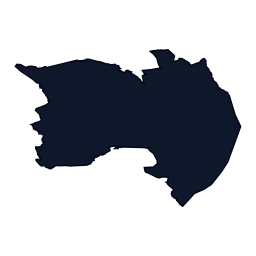 Kongsvinger nor, Hedmark, Norway
{"feature_id": "86288312B35132489533254", "entity_name": "Kongsvinger nor", "entity_type": "district", "adm_level": 2, "iso_a3": "NOR", "parent_name": "Norway", "parent_adm1": "Hedmark", "projection": "equal_earth", "projection_center": [12.12, 60.19], "detail": "fine", "context": "isolated", "style": "filled", "palette": "ink", "viewbox_px": 256, "rotation_deg": 0, "n_neighbors": 0, "source": "geoboundaries", "source_scale": "gbopen_adm2", "svg_char_len": 5608}
<svg xmlns="http://www.w3.org/2000/svg" viewBox="0 0 256 256"><path d="M182.7,206.2L194.4,193.4L203.7,189.3L211.2,184.5L221.3,171.8L227.7,162.0L240.6,126.5L235.2,115.2L229.1,95.2L228.6,95.1L228.1,94.5L228.0,93.8L226.8,93.5L227.1,93.0L227.6,92.7L227.3,92.4L225.8,91.9L222.8,90.0L221.4,89.6L220.8,89.1L220.2,89.1L220.4,88.8L220.2,88.3L219.5,88.4L219.4,88.1L218.5,88.3L217.9,87.9L217.8,87.5L218.2,87.1L217.7,86.8L217.5,86.2L217.9,85.7L217.3,85.0L217.1,84.3L216.8,84.1L216.5,83.1L213.7,80.8L212.8,79.3L213.0,78.7L212.9,78.3L212.2,77.7L211.8,77.0L210.6,76.0L210.8,75.7L211.8,75.1L211.5,74.8L211.5,74.0L211.0,72.8L210.2,72.6L209.9,71.6L209.2,71.0L208.8,70.1L208.9,69.7L208.5,68.9L207.1,67.6L206.6,66.6L206.2,66.4L205.8,65.2L205.9,64.8L206.1,64.5L205.6,64.0L205.8,63.4L205.6,63.0L205.9,62.3L205.8,61.7L206.0,61.1L205.7,60.3L204.2,58.6L202.6,59.0L201.8,60.0L200.9,60.5L200.5,60.9L200.6,61.5L199.2,62.5L195.6,63.7L191.3,65.4L191.1,65.3L191.0,65.0L188.5,63.2L189.0,62.9L188.9,62.8L187.1,61.5L185.2,60.8L184.5,60.3L184.5,60.0L183.5,59.6L182.3,58.7L181.3,58.7L180.3,58.4L179.3,58.5L178.9,58.8L178.8,59.7L178.3,60.4L176.2,61.0L174.1,61.3L173.8,60.5L173.5,58.8L174.3,57.0L174.5,56.0L172.8,54.2L168.0,49.9L167.2,49.8L163.6,50.4L162.5,50.0L161.6,50.4L160.5,50.3L160.5,50.1L159.4,50.4L158.5,50.0L156.6,50.4L156.6,50.6L154.0,50.6L153.5,50.9L152.6,50.9L150.3,51.3L150.2,51.5L150.7,51.6L154.0,54.5L157.0,58.3L158.0,62.5L158.9,65.2L160.6,68.0L150.7,69.7L142.5,70.5L143.1,71.2L143.0,71.4L143.2,71.9L144.0,72.7L144.0,73.0L146.2,74.2L144.0,74.7L143.8,75.3L142.5,75.7L142.6,77.2L143.0,78.0L143.0,79.0L143.2,79.4L143.1,79.7L143.4,80.9L143.3,81.2L143.5,81.4L143.5,81.9L144.0,82.1L143.9,82.4L144.5,83.5L144.3,83.8L143.7,83.0L142.4,82.7L141.4,81.9L141.4,81.7L140.4,80.5L140.2,79.8L138.8,78.5L138.2,78.3L137.8,77.6L137.1,76.8L135.0,75.7L134.4,75.1L133.6,75.0L133.0,74.2L132.5,74.2L131.9,73.8L131.2,72.7L130.5,72.5L130.5,72.3L131.2,71.9L129.2,71.2L128.7,71.4L128.3,71.1L128.1,70.4L126.4,70.4L124.4,72.7L122.6,72.0L120.8,70.8L119.3,70.5L119.3,70.3L119.2,70.4L119.0,70.0L120.1,68.7L120.4,68.6L119.8,68.2L119.6,67.8L119.0,67.2L118.9,66.7L118.6,66.3L118.7,65.9L117.3,65.6L117.1,65.4L116.3,65.4L115.5,65.1L115.4,64.7L114.9,64.3L111.6,64.9L107.2,63.8L105.8,63.8L100.6,62.0L95.5,61.1L90.1,59.5L88.4,59.2L87.5,59.1L85.3,59.7L84.7,61.2L83.3,61.2L83.5,61.0L83.4,60.4L81.7,60.8L77.7,60.8L77.2,60.2L47.2,67.5L45.4,66.8L44.7,66.7L44.7,67.0L43.7,67.2L43.7,67.5L43.2,67.8L41.7,67.8L41.5,68.0L40.8,68.0L39.9,68.4L39.5,68.2L37.9,68.4L36.8,68.1L36.6,67.7L35.5,66.8L35.0,66.7L34.5,67.0L33.6,66.6L31.1,66.2L30.1,66.3L29.3,66.8L29.0,66.5L28.0,66.6L27.8,67.0L26.9,67.1L26.7,67.5L26.1,67.4L25.9,67.2L25.0,67.1L20.5,64.6L16.9,64.4L15.4,66.3L21.0,71.3L33.0,79.4L35.9,82.0L36.4,82.7L39.3,83.1L39.5,83.4L39.5,84.7L39.8,85.3L39.7,86.4L40.3,87.3L40.1,87.8L43.2,88.3L43.1,88.5L43.4,88.7L42.9,89.3L42.9,90.5L42.7,90.7L43.7,92.2L45.4,93.8L45.7,95.1L46.4,95.9L47.0,96.2L47.0,96.7L47.7,97.6L47.5,98.1L48.4,99.1L48.9,99.9L48.5,100.0L48.0,100.6L48.4,101.0L48.6,101.3L49.0,101.5L48.2,103.5L46.1,104.9L40.6,107.2L36.5,108.6L36.0,109.1L36.1,109.5L35.5,110.3L38.2,112.9L39.9,115.1L40.3,117.2L41.6,120.6L36.6,122.5L34.9,122.8L34.1,123.7L31.2,124.5L32.5,125.2L32.5,125.6L33.6,125.3L33.7,125.9L33.5,126.3L33.1,126.4L33.3,126.7L33.2,126.9L33.5,127.0L33.6,127.6L34.5,127.8L34.6,128.1L34.5,128.3L34.8,128.7L34.0,129.0L34.8,129.3L35.4,129.9L38.1,130.5L38.6,130.9L39.1,131.0L38.8,131.4L39.1,131.6L38.3,131.8L38.6,132.0L39.5,132.6L39.3,132.9L39.6,133.2L39.3,133.3L39.6,133.5L39.4,133.8L40.8,133.6L41.9,134.2L42.0,134.5L42.6,134.5L43.2,135.0L44.1,135.1L44.5,135.3L44.1,136.5L43.1,137.0L42.7,138.4L41.8,139.3L42.5,140.3L42.4,141.3L43.3,142.3L43.2,142.5L43.4,143.0L42.8,144.3L41.6,145.1L41.4,145.8L40.2,146.6L38.4,147.2L36.0,146.8L35.7,147.3L35.8,148.6L36.7,150.4L37.1,150.8L37.0,151.1L37.4,151.6L37.5,153.1L37.8,153.9L37.7,154.1L37.8,154.6L39.2,156.5L39.6,157.8L40.4,159.0L40.5,160.0L39.1,160.0L38.0,159.3L37.3,159.8L36.8,159.4L36.4,159.5L36.0,159.7L36.0,160.0L36.5,161.1L38.1,162.7L39.5,164.5L41.7,166.0L43.8,165.6L44.9,165.7L45.7,166.1L45.8,166.4L45.5,166.8L45.7,167.0L47.7,167.8L48.4,167.7L48.8,167.9L49.0,168.5L50.1,168.7L51.4,168.6L51.7,168.2L53.1,167.4L56.1,165.4L58.3,165.7L65.5,165.5L70.3,165.9L86.9,165.1L90.5,163.7L90.8,162.9L91.6,162.5L91.7,161.7L92.0,161.5L92.3,160.7L92.8,160.5L94.1,160.4L94.0,159.6L93.7,159.3L93.6,158.7L93.8,158.6L93.8,158.2L99.4,155.7L98.6,155.7L98.5,155.4L101.4,154.7L102.5,155.0L103.4,154.6L102.9,153.7L103.9,153.5L104.5,154.0L105.2,153.8L105.0,153.0L106.1,152.7L110.1,150.5L109.8,149.6L109.3,148.8L109.5,148.3L108.7,147.8L108.9,147.0L109.2,146.9L110.6,146.8L111.2,146.6L111.2,146.4L115.4,146.0L116.8,146.4L116.1,146.7L116.1,147.2L115.8,147.3L115.8,147.7L114.8,148.5L118.0,148.5L117.5,147.5L118.8,147.2L119.1,146.9L119.7,147.2L119.9,146.6L121.0,147.4L122.1,147.1L124.8,147.0L145.7,147.6L145.9,147.9L148.4,148.5L149.3,150.0L149.9,150.6L153.9,153.9L154.4,155.1L154.8,155.1L155.0,155.4L154.9,155.9L157.2,160.6L157.4,161.6L157.3,163.8L153.3,167.1L144.3,167.6L145.2,171.5L146.3,172.4L147.7,172.7L150.5,174.2L152.6,175.0L156.1,177.0L157.0,177.0L158.8,177.9L162.6,176.9L165.9,177.0L167.9,177.5L168.4,177.9L168.5,178.3L167.8,179.9L167.6,181.1L167.0,181.8L166.9,182.2L166.3,182.3L167.2,182.9L167.6,184.0L169.4,185.9L170.4,186.6L171.8,187.9L172.5,188.1L173.3,189.2L173.8,189.2L174.3,189.8L174.2,190.1L173.9,190.3L173.0,190.5L172.8,191.0L172.0,191.5L171.4,193.7L172.1,195.8L174.0,197.7L174.9,198.0L175.3,198.5L176.1,198.7L176.8,199.8L176.7,200.5L178.3,201.5L178.3,202.0L179.0,202.8L179.6,204.0L182.7,206.2Z" fill="#0f172a" stroke="#020617" stroke-width="1.5"/></svg>